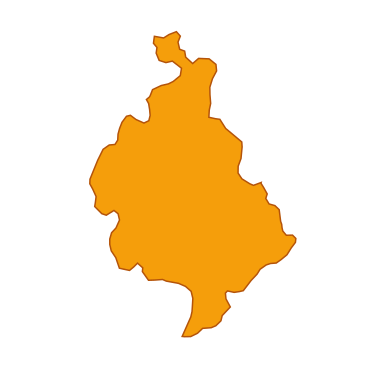 Chungju-si, North Chungcheong, South Korea, rotated 212°
{"feature_id": "91817680B87543439372548", "entity_name": "Chungju-si", "entity_type": "district", "adm_level": 2, "iso_a3": "KOR", "parent_name": "South Korea", "parent_adm1": "North Chungcheong", "projection": "albers", "projection_center": [127.905, 36.999], "detail": "fine", "context": "isolated", "style": "filled", "palette": "amber", "viewbox_px": 384, "rotation_deg": 212, "n_neighbors": 0, "source": "geoboundaries", "source_scale": "gbopen_adm2", "svg_char_len": 1869}
<svg xmlns="http://www.w3.org/2000/svg" viewBox="0 0 384 384"><g transform="rotate(212 192 192)"><path d="M98.6,114.8L106.6,119.4L110.1,124.0L109.5,126.9L103.1,129.2L99.1,132.6L96.2,135.5L95.6,141.8L95.0,148.2L93.3,156.8L93.3,162.6L90.4,169.5L87.5,173.0L82.9,176.4L80.5,182.2L78.2,189.1L78.2,197.2L77.6,204.1L79.3,207.6L83.9,208.7L89.1,205.3L94.3,207.0L96.6,209.3L98.9,212.2L101.2,214.0L108.7,223.2L114.5,224.4L120.3,222.7L126.0,225.6L127.2,230.2L133.5,233.7L138.2,236.0L138.4,236.7L143.4,230.2L147.4,229.6L153.2,229.6L156.7,229.6L163.0,232.5L166.5,238.3L168.2,246.4L173.4,256.8L176.3,260.8L189.0,262.6L197.1,263.7L206.9,268.4L210.9,266.6L217.3,264.3L220.8,270.7L223.1,277.0L228.3,284.0L232.4,290.3L234.7,299.0L235.3,307.7L239.3,312.9L248.0,314.0L257.2,308.8L259.5,301.3L268.8,303.0L272.9,307.6L278.1,306.5L278.9,307.3L283.3,311.7L284.5,318.0L290.2,319.7L294.9,313.4L297.7,307.6L306.4,304.1L305.1,301.2L303.5,297.7L298.3,296.0L296.0,290.8L289.6,286.2L282.7,287.9L278.0,292.6L266.5,291.4L263.6,284.5L266.5,275.8L269.3,271.2L274.5,266.0L279.7,257.9L278.5,251.5L278.5,249.8L279.7,246.3L275.6,244.0L271.6,239.4L268.1,234.8L266.4,229.6L269.3,225.0L277.9,223.8L284.9,224.4L287.7,221.5L288.3,214.0L287.1,207.6L285.4,201.9L282.5,196.7L282.5,191.5L287.1,188.0L290.0,181.1L288.8,169.0L285.3,148.8L283.0,144.8L277.8,141.9L270.9,137.3L268.5,132.1L266.8,128.1L257.0,125.8L252.4,126.9L248.4,135.0L243.2,134.4L238.6,129.8L237.4,121.2L238.6,114.8L236.8,108.5L233.9,103.9L229.3,99.3L221.8,95.9L213.2,88.9L209.7,90.1L203.4,92.4L201.7,97.6L200.5,102.8L193.6,101.6L191.9,98.2L182.1,94.1L176.9,97.6L170.6,102.2L166.6,102.8L160.8,105.1L155.0,107.4L147.5,108.5L140.1,107.3L134.9,102.2L131.4,95.8L128.6,90.6L126.8,85.4L123.8,64.3L121.7,65.3L116.5,68.7L112.5,75.1L110.7,82.0L103.8,87.1L100.9,91.2L99.2,98.1L100.9,103.2L98.6,114.8Z" fill="#f59e0b" stroke="#b45309" stroke-width="1.5"/></g></svg>